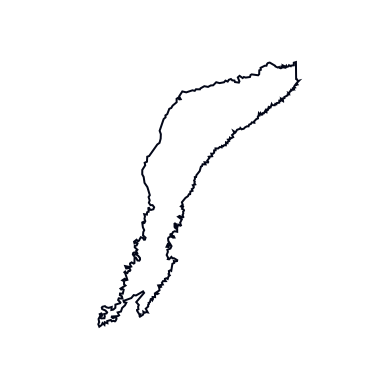 outline of Zentla, Veracruz, Mexico, rotated 113°
{"feature_id": "50627088B99707223574870", "entity_name": "Zentla", "entity_type": "district", "adm_level": 2, "iso_a3": "MEX", "parent_name": "Mexico", "parent_adm1": "Veracruz", "projection": "orthographic", "projection_center": [-96.71, 19.078], "detail": "fine", "context": "isolated", "style": "outline", "palette": "ink", "viewbox_px": 384, "rotation_deg": 113, "n_neighbors": 0, "source": "geoboundaries", "source_scale": "gbopen_adm2", "svg_char_len": 6044}
<svg xmlns="http://www.w3.org/2000/svg" viewBox="0 0 384 384"><g transform="rotate(113 192 192)"><path d="M352.2,224.7L349.8,223.2L347.6,223.1L348.5,220.7L346.0,221.4L345.8,218.6L343.9,219.6L341.5,216.7L342.4,215.4L341.2,213.8L341.2,212.4L340.4,212.0L338.3,211.9L337.4,212.6L337.6,214.0L339.0,215.6L338.6,217.0L337.9,217.1L335.3,211.9L334.0,210.9L331.9,213.4L329.8,210.7L326.0,211.0L322.5,209.4L319.6,209.2L320.1,211.4L319.0,212.5L313.3,206.4L309.7,205.4L309.1,203.1L302.6,198.2L303.6,196.7L315.1,200.3L316.8,196.8L318.7,196.8L320.9,195.5L322.0,196.5L322.7,196.2L325.2,192.7L324.8,191.9L326.6,191.9L327.1,191.2L324.2,189.2L322.6,189.2L321.2,190.0L321.5,188.2L320.4,187.2L320.1,185.7L317.5,189.0L314.5,187.6L313.1,188.3L311.9,187.9L311.1,188.6L309.9,187.7L306.7,188.1L306.1,187.5L307.1,186.2L305.8,186.1L304.0,187.2L303.2,184.9L299.9,186.5L299.4,185.9L299.7,184.3L298.8,183.5L298.4,185.6L295.2,183.5L292.8,184.9L291.2,186.6L290.8,185.9L291.7,183.7L291.4,183.4L290.2,184.9L288.6,182.7L287.4,184.2L285.4,183.9L284.3,181.4L283.5,182.7L282.5,183.0L281.4,181.9L281.5,180.4L278.8,180.7L277.4,179.9L276.6,181.6L275.4,181.4L273.8,182.4L272.6,181.4L272.7,180.3L265.7,182.0L264.3,180.7L262.6,181.7L262.5,180.3L261.4,178.8L260.5,179.0L260.0,182.8L260.6,184.2L259.8,185.6L262.9,186.8L263.2,188.0L262.1,188.0L259.9,190.7L256.5,190.8L254.8,192.1L252.5,189.8L249.8,189.7L249.0,191.0L250.4,192.2L251.8,192.1L252.4,194.0L248.9,193.9L248.1,192.1L246.3,194.7L244.3,195.8L243.1,195.8L241.1,194.1L241.4,191.6L240.8,190.4L239.8,191.5L239.9,195.2L239.2,195.3L238.3,194.0L236.2,193.8L234.9,192.6L234.4,190.1L231.8,191.2L231.9,192.9L231.0,194.4L228.0,195.7L227.6,195.4L227.8,194.2L229.9,193.4L230.6,192.5L229.9,191.7L227.4,192.0L227.6,189.6L227.0,189.1L225.0,190.9L221.3,190.7L220.2,195.1L218.9,194.1L219.1,190.7L218.4,190.2L216.8,191.7L215.2,191.6L213.6,192.5L212.2,192.1L211.5,192.7L211.4,194.6L208.7,194.5L208.5,194.9L209.7,195.9L209.6,196.6L207.3,195.6L205.4,197.3L199.9,195.7L197.5,194.1L195.3,194.0L194.7,192.9L192.2,193.7L190.7,192.0L189.4,193.3L188.0,192.3L186.7,192.2L185.4,193.9L183.8,192.0L182.9,193.3L181.5,193.4L180.8,194.5L178.8,194.4L177.2,195.2L176.6,194.1L174.8,194.5L169.7,193.1L165.2,193.7L164.2,192.9L162.3,193.1L161.3,190.4L159.7,192.0L158.5,188.8L158.0,188.8L157.1,190.2L153.8,189.3L153.0,190.3L151.2,187.4L149.2,189.2L148.6,187.7L147.2,187.0L145.1,187.9L144.4,186.6L142.7,187.4L141.7,184.9L139.7,184.0L139.3,182.1L137.8,182.5L137.6,181.1L136.3,180.7L135.8,179.1L133.1,180.1L133.1,178.4L131.9,178.7L130.7,177.8L129.7,179.3L128.7,177.7L127.3,178.2L127.5,177.2L125.4,175.5L123.9,177.4L121.2,176.0L119.8,177.5L120.2,175.3L117.1,174.8L115.0,172.5L114.2,172.5L114.9,170.9L113.6,169.1L111.7,168.4L110.0,167.0L109.5,165.6L107.6,165.7L106.4,164.4L104.5,164.1L103.9,161.7L102.8,162.4L99.8,161.3L98.5,160.0L96.8,160.9L95.7,160.5L93.7,161.1L94.6,159.7L92.6,159.7L93.6,158.1L93.2,157.5L91.6,157.5L91.4,156.6L88.7,156.3L89.6,155.7L89.5,154.6L87.8,155.3L87.2,154.6L86.8,155.3L86.0,154.3L84.0,154.6L84.3,153.5L83.4,153.5L83.3,152.7L80.0,153.0L80.7,152.1L79.8,149.7L78.4,149.8L78.3,148.6L77.1,148.8L75.7,146.6L73.9,147.3L73.7,146.2L72.3,146.5L72.6,144.7L71.5,145.8L71.8,144.3L70.5,145.1L69.5,143.6L68.5,144.1L65.8,141.8L64.7,142.1L64.2,140.8L63.0,142.1L62.9,141.1L61.0,141.1L60.0,140.2L59.1,140.7L58.5,139.1L57.5,139.5L57.5,138.3L56.5,139.1L55.6,138.0L54.9,139.2L53.3,138.9L52.8,137.9L52.2,138.3L51.7,137.1L50.9,138.2L47.8,137.0L48.6,138.0L47.2,139.5L47.3,140.3L31.8,147.1L33.2,148.8L35.6,147.8L36.9,150.1L37.6,150.2L37.4,152.2L38.6,152.2L39.8,153.6L39.0,154.5L40.1,154.7L40.0,157.1L41.0,155.8L41.0,157.4L41.6,156.8L41.9,158.5L42.6,157.9L43.4,158.6L43.5,160.0L42.9,160.7L43.9,161.7L43.8,164.4L43.3,164.9L42.5,171.0L43.5,172.4L44.5,172.9L46.7,172.8L47.3,174.3L50.9,177.4L52.6,176.4L53.7,177.6L57.3,176.2L58.7,176.7L60.4,183.0L61.4,183.8L63.5,183.6L65.7,187.3L65.9,189.2L67.3,189.9L66.5,193.6L68.6,194.6L71.6,191.6L73.0,191.6L74.0,195.4L72.8,196.5L73.5,198.5L72.8,200.3L74.3,201.9L76.4,202.3L76.4,204.7L78.5,205.4L81.0,209.2L81.5,212.6L85.5,214.2L86.6,216.4L89.0,218.3L89.8,222.0L93.3,224.7L94.4,224.8L95.9,228.5L97.8,229.0L98.2,231.3L102.5,236.2L103.2,240.2L109.0,241.2L111.0,238.7L111.7,239.9L111.0,241.8L112.2,242.6L115.4,241.2L120.1,243.6L122.7,243.9L124.3,245.4L130.0,245.2L131.9,246.4L133.6,245.5L135.9,246.6L148.3,245.7L150.9,243.3L155.1,241.7L159.5,241.1L161.8,242.5L175.6,245.5L177.0,247.0L181.7,245.3L183.6,247.0L185.7,245.5L191.1,246.4L195.2,244.7L197.0,242.4L202.1,239.3L204.9,235.0L211.4,229.6L213.6,230.0L216.2,227.7L218.8,227.5L220.3,225.1L219.5,223.2L220.8,220.9L223.0,220.8L224.5,222.7L224.7,223.4L223.4,225.4L223.9,225.9L227.1,224.2L228.2,225.4L230.4,224.7L231.1,227.3L233.0,225.7L235.2,225.3L237.1,223.6L239.0,223.7L239.5,224.2L238.6,225.2L239.5,225.9L243.7,223.4L245.8,221.1L247.9,221.2L251.1,220.1L252.2,216.9L254.2,216.7L254.7,217.5L253.5,219.3L253.7,221.5L257.4,221.8L258.5,222.4L257.6,224.4L260.4,225.9L261.7,224.9L260.3,223.8L260.8,222.0L262.8,222.1L264.0,223.6L265.3,223.1L266.5,219.7L268.2,220.4L269.8,218.4L270.5,218.9L270.2,221.6L271.1,222.3L272.5,222.1L273.3,221.0L271.2,219.3L271.7,216.7L273.1,214.1L274.6,213.4L275.8,213.7L276.3,215.4L274.3,218.1L274.4,219.4L280.0,217.2L280.7,217.7L280.4,220.1L282.0,221.1L283.1,220.6L284.4,218.8L285.3,219.8L286.3,224.5L288.1,222.7L286.5,219.9L287.9,218.2L289.1,218.4L289.6,219.7L291.9,219.8L292.1,221.2L291.3,222.4L292.3,222.9L293.0,221.6L298.1,217.2L299.2,218.6L298.3,219.2L298.2,220.1L300.5,221.6L300.7,219.7L303.6,218.4L304.1,216.7L308.9,220.1L309.4,219.1L308.3,218.2L308.6,216.7L312.6,216.0L313.6,218.6L315.1,218.1L315.4,215.8L317.3,214.4L318.5,217.9L320.3,217.8L321.7,214.7L322.4,214.7L325.6,218.5L328.5,217.3L331.0,218.5L332.1,220.1L329.2,221.0L331.2,223.4L331.6,225.7L331.1,227.5L332.6,229.6L333.7,229.9L334.9,228.9L334.9,225.4L335.9,223.1L337.1,223.2L338.7,225.2L340.5,223.7L342.4,223.3L343.8,226.1L343.7,226.9L342.4,227.3L341.2,226.5L339.7,227.0L339.2,228.0L340.5,229.2L341.7,228.0L345.4,228.4L348.1,226.6L350.3,226.6L352.2,224.7Z" fill="none" stroke="#020617" stroke-width="2"/></g></svg>